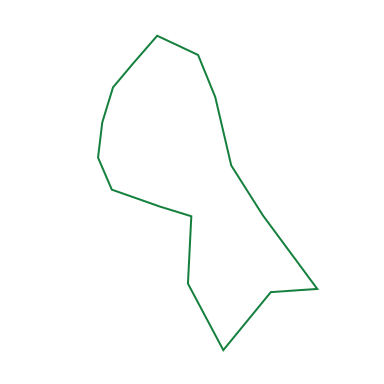 the district of Alithinou, Nicosia, Cyprus, rotated 332°
{"feature_id": "46923920B55539182746131", "entity_name": "Alithinou", "entity_type": "district", "adm_level": 2, "iso_a3": "CYP", "parent_name": "Cyprus", "parent_adm1": "Nicosia", "projection": "mercator", "projection_center": [33.032, 34.956], "detail": "fine", "context": "isolated", "style": "outline", "palette": "green", "viewbox_px": 384, "rotation_deg": 332, "n_neighbors": 0, "source": "geoboundaries", "source_scale": "gbopen_adm2", "svg_char_len": 364}
<svg xmlns="http://www.w3.org/2000/svg" viewBox="0 0 384 384"><g transform="rotate(332 192 192)"><path d="M234.6,37.7L200.2,50.9L171.4,62.5L145.4,88.5L125.2,117.5L122.3,152.3L156.9,189.9L180.0,213.1L145.4,271.0L145.4,346.3L214.6,317.4L257.1,336.4L243.6,245.9L239.1,187.0L257.1,119.1L261.7,73.9L234.6,37.7Z" fill="none" stroke="#15803d" stroke-width="2"/></g></svg>